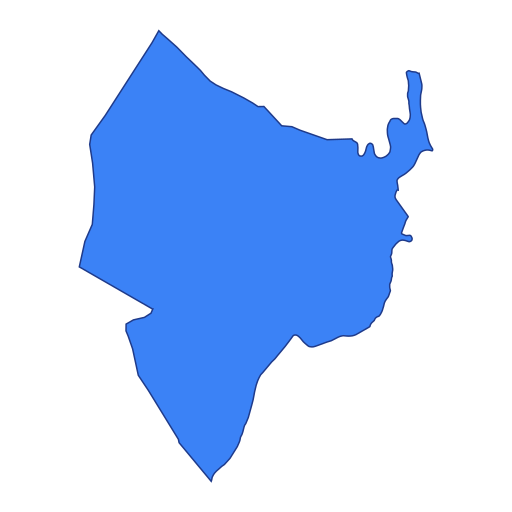 the district of Mae Lan, Pattani, Thailand
{"feature_id": "78962969B32664708228231", "entity_name": "Mae Lan", "entity_type": "district", "adm_level": 2, "iso_a3": "THA", "parent_name": "Thailand", "parent_adm1": "Pattani", "projection": "natural_earth1", "projection_center": [101.273, 6.665], "detail": "fine", "context": "isolated", "style": "filled", "palette": "blue", "viewbox_px": 512, "rotation_deg": 0, "n_neighbors": 0, "source": "geoboundaries", "source_scale": "gbopen_adm2", "svg_char_len": 6005}
<svg xmlns="http://www.w3.org/2000/svg" viewBox="0 0 512 512"><path d="M211.2,481.3L211.6,480.2L212.2,477.2L213.3,475.0L214.4,473.3L216.4,471.1L219.8,468.1L221.8,466.3L224.4,464.5L226.2,462.5L230.0,458.3L237.3,446.6L239.4,441.8L239.9,440.3L240.5,437.2L242.0,434.3L242.9,431.6L244.0,427.1L244.6,425.3L245.8,423.5L248.3,417.5L251.7,405.2L253.1,399.8L253.9,395.6L254.6,391.8L256.2,385.1L257.7,380.7L259.1,377.6L260.7,374.7L262.8,372.5L271.6,362.0L275.0,358.7L277.5,355.6L285.0,346.6L289.2,341.1L291.4,338.1L292.9,336.0L293.6,335.4L294.3,335.1L295.3,335.0L296.4,335.1L297.5,335.6L298.7,336.5L300.2,337.9L303.3,341.7L305.1,343.4L307.8,345.7L309.1,346.5L310.1,346.7L311.9,346.9L313.4,346.8L315.6,346.2L326.8,342.1L331.3,340.7L337.9,337.3L340.0,336.4L342.0,335.9L343.4,335.7L346.6,336.0L348.8,336.1L350.6,336.0L352.3,335.8L353.9,335.4L355.8,334.7L368.6,327.4L369.7,326.7L369.9,326.5L370.2,325.3L370.6,324.4L371.0,323.7L371.3,323.3L371.8,322.7L374.2,320.5L375.0,318.8L375.4,318.2L376.0,317.6L376.9,317.0L377.6,316.6L378.4,316.4L378.7,316.3L379.0,316.1L379.2,315.9L379.4,315.7L380.3,314.5L380.7,313.8L381.5,312.3L381.7,311.9L382.3,310.5L383.1,307.8L383.5,306.6L384.3,303.2L384.7,302.2L385.3,300.9L386.5,299.1L388.3,296.7L388.6,295.9L389.0,294.8L389.7,292.7L390.3,291.1L390.4,290.5L390.3,290.2L389.9,288.5L389.8,288.0L389.7,287.2L389.7,285.3L389.7,284.2L389.9,283.7L390.4,282.6L390.9,281.4L391.2,280.4L391.3,279.8L391.5,278.4L391.6,277.7L391.7,277.4L392.1,276.5L392.2,276.3L392.2,275.5L392.1,273.9L392.2,273.0L392.7,270.2L392.7,269.4L392.7,268.8L392.3,265.2L391.8,263.7L391.5,262.6L391.4,261.9L391.4,260.4L391.3,259.8L391.1,258.9L390.6,257.4L390.5,256.9L390.5,256.5L390.7,255.9L391.4,254.4L391.6,253.7L391.7,253.3L391.8,252.3L391.9,250.2L392.0,249.5L392.2,248.9L392.7,248.0L395.6,244.3L396.5,243.4L398.6,241.5L399.3,241.0L399.9,240.7L400.4,240.5L401.1,240.3L402.1,240.1L402.6,240.1L403.0,240.1L404.3,240.3L405.3,240.5L408.6,241.6L409.4,241.7L410.1,241.5L410.6,241.3L411.1,241.0L411.7,240.4L411.9,240.0L412.0,239.7L412.1,239.1L412.1,238.4L412.0,238.0L411.9,237.7L411.5,236.9L411.2,236.3L410.8,235.8L410.5,235.6L410.1,235.4L409.9,235.3L406.5,235.6L405.6,235.5L404.9,235.2L402.8,234.3L401.8,233.8L401.7,233.6L401.6,233.4L401.5,233.0L401.6,232.6L403.2,228.1L404.3,225.2L404.9,223.7L405.2,222.5L405.7,221.1L405.9,220.6L407.5,217.9L407.8,217.4L408.1,217.0L408.2,216.7L408.0,216.3L407.7,215.8L396.3,199.9L395.7,198.9L395.1,197.6L395.0,196.7L395.0,196.3L395.0,195.7L395.1,195.2L395.3,194.4L396.0,192.1L396.7,190.7L396.9,190.2L397.1,190.1L397.6,190.0L397.8,190.0L398.2,190.1L398.1,188.9L397.7,185.4L397.2,182.8L397.0,180.9L397.0,180.5L397.1,180.2L397.4,179.6L397.6,179.2L398.2,178.4L398.8,177.8L399.3,177.4L401.5,176.0L404.4,174.3L406.2,173.0L409.0,170.6L409.8,169.9L412.5,167.2L413.2,166.4L413.6,165.8L414.0,165.2L415.0,163.4L417.9,157.1L418.9,154.9L419.4,154.1L420.1,153.1L420.6,152.5L421.2,151.9L421.9,151.5L423.3,150.8L424.6,150.4L425.4,150.2L426.6,150.0L427.5,150.0L428.1,150.0L429.6,150.2L431.9,150.8L432.2,150.8L432.5,150.5L432.6,150.1L432.7,149.4L432.6,149.0L430.5,145.5L429.2,142.7L428.6,140.8L427.9,138.1L426.7,131.8L426.0,129.0L425.0,125.4L424.3,123.3L423.0,120.2L422.9,119.7L422.6,118.7L421.1,112.1L420.6,107.5L420.4,104.3L420.4,100.1L420.6,95.4L420.7,94.6L421.1,92.6L421.5,90.7L421.8,88.8L421.9,86.4L421.9,85.2L421.8,84.3L421.6,83.3L419.1,73.2L418.6,73.3L418.2,73.3L416.1,72.2L415.9,72.1L415.3,72.0L413.0,71.8L411.7,71.6L411.1,71.5L410.2,71.1L409.5,70.9L408.9,70.7L408.5,70.8L408.2,70.9L407.8,71.1L407.1,71.6L406.7,72.0L406.4,72.5L406.5,73.6L407.0,76.2L407.4,77.8L408.3,80.6L408.3,81.0L408.4,81.7L408.5,83.5L408.7,85.5L408.4,90.2L408.4,90.7L408.3,91.1L407.9,92.4L407.7,93.0L407.6,93.7L407.6,94.5L407.6,96.2L407.7,97.0L408.5,99.7L408.9,101.3L408.9,101.5L408.9,103.0L408.9,103.6L409.2,105.3L409.5,108.7L410.1,112.6L410.2,113.5L410.3,113.9L410.3,115.1L410.2,116.2L410.2,116.9L410.1,117.5L409.8,118.8L409.5,119.7L409.1,120.5L408.5,121.4L407.4,122.8L407.2,123.1L406.7,123.4L406.2,123.7L405.7,123.9L405.4,124.0L404.9,124.0L404.6,124.0L404.3,123.8L403.6,123.2L401.7,121.4L400.1,119.8L399.4,119.3L398.4,118.7L398.0,118.6L397.6,118.5L395.3,118.5L393.6,118.5L392.5,118.7L391.8,119.0L391.1,119.4L390.7,119.8L390.3,120.4L389.8,121.5L389.0,122.8L388.6,123.6L388.2,124.6L388.0,125.2L387.8,126.1L387.4,128.6L387.3,129.7L387.4,132.6L387.5,133.9L387.6,134.8L388.0,136.7L388.6,138.7L389.5,142.0L390.2,144.6L390.4,145.6L390.6,146.7L390.6,147.5L390.5,148.5L390.3,149.9L390.1,150.9L390.0,151.7L389.8,152.0L389.6,152.5L389.2,153.0L388.5,154.0L387.9,154.6L386.9,155.5L386.3,156.0L385.7,156.4L385.1,156.7L384.1,157.2L382.4,157.8L381.5,158.0L380.7,158.1L380.1,158.0L378.7,157.8L377.9,157.5L376.9,156.9L376.3,156.5L376.2,156.3L375.6,155.5L374.9,154.5L374.7,154.1L374.5,153.7L374.3,152.9L373.8,150.1L373.3,146.8L373.0,145.9L372.9,145.3L372.7,144.8L372.5,144.5L372.2,144.2L371.7,143.8L371.4,143.6L370.9,143.4L370.7,143.3L369.7,143.3L369.0,143.7L368.2,144.3L367.6,145.0L367.2,145.8L366.8,146.5L366.4,147.7L366.3,148.2L365.9,149.7L365.6,150.9L365.2,152.0L364.7,153.1L364.0,154.3L363.9,154.5L363.5,155.0L363.1,155.4L362.6,155.7L362.2,156.0L361.8,156.1L361.5,156.1L360.7,156.1L360.4,156.0L359.7,155.9L359.4,155.7L359.0,155.3L358.8,155.1L358.4,154.5L358.1,153.6L357.8,152.5L357.8,151.6L357.9,147.7L357.8,146.6L357.7,145.5L357.6,144.2L357.3,143.5L357.0,143.0L356.7,142.6L356.3,142.4L355.7,142.0L354.8,141.5L353.6,140.8L353.0,140.3L352.8,140.2L352.4,139.7L352.1,139.2L352.0,138.9L327.1,139.7L300.0,130.2L291.9,126.7L281.7,125.8L263.9,106.5L258.0,106.6L252.8,103.1L243.7,97.9L231.6,91.8L223.5,88.5L216.0,84.9L210.2,81.1L204.4,75.2L200.4,70.4L195.0,65.1L186.2,56.7L176.9,47.2L169.2,40.3L162.2,34.2L158.8,30.7L152.1,42.6L105.2,115.5L91.2,135.0L89.7,144.4L92.6,163.1L94.7,187.0L93.9,204.8L92.3,224.4L84.9,241.4L79.3,266.9L152.5,309.0L152.8,309.0L151.0,313.2L144.4,317.4L133.4,319.9L126.1,324.1L126.0,330.9L128.1,335.9L132.6,348.8L138.3,375.3L148.5,390.6L178.4,439.3L179.1,442.7L211.2,481.3Z" fill="#3b82f6" stroke="#1e3a8a" stroke-width="1.5"/></svg>